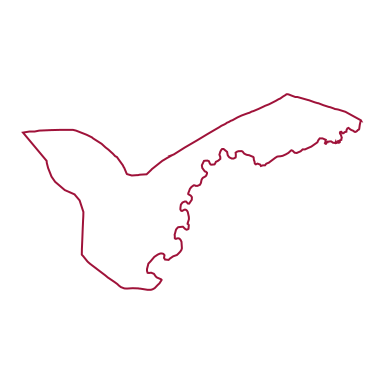 Upper Saloum, Central River, Gambia (Robinson projection)
{"feature_id": "56634734B57962636272806", "entity_name": "Upper Saloum", "entity_type": "district", "adm_level": 2, "iso_a3": "GMB", "parent_name": "Gambia", "parent_adm1": "Central River", "projection": "robinson", "projection_center": [-15.147, 13.733], "detail": "fine", "context": "isolated", "style": "outline", "palette": "rose", "viewbox_px": 384, "rotation_deg": 0, "n_neighbors": 0, "source": "geoboundaries", "source_scale": "gbopen_adm2", "svg_char_len": 5060}
<svg xmlns="http://www.w3.org/2000/svg" viewBox="0 0 384 384"><path d="M81.8,254.6L82.0,254.9L83.3,256.3L87.3,261.3L88.2,262.2L90.3,264.0L105.2,275.3L107.6,277.3L107.8,277.5L108.3,277.8L114.5,282.0L117.4,284.1L118.8,285.5L120.9,287.1L124.3,288.4L125.6,288.5L127.9,288.5L132.7,288.2L138.5,288.4L139.1,288.6L140.0,288.6L147.5,289.8L150.9,289.8L152.6,289.3L154.6,288.2L155.6,287.2L157.6,285.1L159.5,283.3L161.6,280.0L161.6,279.8L161.1,279.3L156.9,277.5L155.7,276.4L153.9,273.8L151.1,272.7L149.0,273.0L147.6,272.8L147.0,270.9L147.0,269.0L147.7,266.3L148.4,263.6L150.5,261.4L151.6,260.1L154.3,256.9L157.7,254.6L159.7,253.7L161.0,253.4L162.5,253.6L163.4,253.9L164.5,255.2L164.0,257.9L165.1,259.6L165.8,259.6L168.6,259.9L170.0,258.5L173.2,256.3L176.9,255.0L178.3,253.7L180.3,251.6L181.5,249.7L181.9,248.2L181.5,241.9L180.7,240.1L179.8,239.0L179.3,238.6L178.8,238.4L178.1,238.3L177.1,238.4L176.2,238.8L175.5,238.8L174.9,238.4L174.8,238.2L174.8,237.7L174.8,235.9L174.6,234.8L175.1,233.1L175.9,230.0L176.3,229.2L177.6,227.7L178.2,227.2L182.9,226.7L184.5,228.3L185.5,229.2L186.7,229.7L187.8,229.3L188.5,228.8L188.8,225.1L188.4,224.4L187.6,223.9L187.6,223.3L188.1,221.9L188.9,219.3L188.9,218.1L188.8,216.7L187.9,212.6L187.7,211.9L187.3,211.2L187.0,210.7L186.3,210.1L185.7,209.7L185.0,209.7L184.4,209.7L182.0,211.0L181.1,210.7L180.4,209.5L180.4,208.1L180.6,206.5L180.9,204.6L182.5,202.5L184.8,201.5L186.0,201.5L188.0,203.6L189.2,203.6L189.7,202.8L190.3,201.9L191.8,199.7L191.9,197.2L191.0,195.9L190.6,195.5L188.3,194.2L188.2,193.4L189.3,190.6L189.9,188.9L191.4,187.0L193.7,185.3L194.7,185.3L195.7,185.9L197.4,185.9L199.9,184.8L200.8,183.2L201.1,182.2L201.1,181.9L201.6,179.7L202.3,178.5L202.9,177.8L205.4,176.4L206.2,175.6L207.0,173.6L207.0,172.7L205.9,171.7L204.8,171.4L202.3,168.0L201.9,165.7L201.9,165.2L202.0,165.0L204.0,160.9L205.3,160.7L207.5,160.6L208.9,161.2L209.8,163.4L210.6,164.5L211.5,164.7L214.5,164.4L215.1,163.5L215.9,161.8L216.8,161.4L218.2,160.7L220.3,158.9L220.3,158.4L220.3,157.0L219.4,154.7L220.3,151.7L221.2,150.0L222.1,149.0L223.6,149.0L227.1,151.9L227.7,155.1L228.5,156.4L229.4,157.4L231.7,158.5L233.7,158.5L235.6,157.5L235.8,156.3L235.8,154.3L235.6,152.7L236.8,151.8L238.4,151.2L241.7,151.1L242.6,151.6L244.2,153.6L244.8,153.9L245.7,154.4L247.0,154.9L249.1,155.2L251.2,156.1L251.9,156.4L253.0,156.8L253.6,157.4L253.9,160.0L254.6,161.8L254.7,163.2L255.2,163.9L255.3,164.0L255.6,164.3L256.0,164.3L256.6,164.0L257.5,163.6L260.2,164.6L260.9,166.0L263.0,165.3L265.0,165.3L266.3,163.7L269.0,162.6L269.3,162.3L275.3,157.8L277.2,156.6L278.5,156.4L280.2,156.3L282.3,155.9L282.7,155.8L285.3,154.6L285.6,154.5L288.4,152.9L291.0,150.5L291.5,150.3L292.7,150.8L294.6,152.7L296.8,153.0L297.1,152.8L300.6,151.3L301.7,150.3L302.6,149.4L305.0,149.4L308.3,147.9L311.3,146.6L315.0,144.0L316.3,143.1L317.4,142.3L318.2,140.4L319.7,138.4L322.5,138.4L325.8,139.8L325.4,141.0L325.7,141.7L324.9,143.1L325.5,143.8L326.0,143.8L326.7,142.3L327.5,142.3L327.6,141.6L329.0,141.6L329.9,141.4L331.1,141.4L332.6,142.4L332.9,142.7L335.3,143.0L335.7,142.0L336.0,143.1L336.9,142.8L336.9,142.2L338.2,142.6L338.2,142.2L338.2,141.8L339.2,142.5L339.3,142.5L339.8,142.2L339.8,141.8L338.7,141.0L340.0,140.3L341.3,139.9L341.5,138.3L341.8,137.8L340.9,134.9L340.2,133.8L340.0,133.4L339.9,132.8L340.3,131.9L341.4,131.8L341.8,132.6L342.6,133.3L343.6,133.2L344.5,132.2L345.7,131.9L346.4,131.7L346.5,130.1L347.4,128.4L348.5,127.9L349.9,129.1L351.3,130.0L353.3,130.8L354.5,131.8L355.6,131.9L356.8,131.2L357.9,130.0L358.8,129.6L359.2,129.0L359.8,124.7L360.8,120.4L361.0,120.5L360.9,120.3L345.4,111.8L338.4,109.6L337.0,109.3L334.9,109.0L333.6,108.4L333.3,108.3L330.2,107.2L328.7,106.9L325.6,105.9L323.4,105.2L318.3,103.2L317.8,103.2L314.7,102.3L308.6,100.1L308.3,100.1L297.4,97.0L295.3,97.0L293.7,96.4L292.1,95.8L290.3,95.1L289.4,94.7L288.1,94.3L287.0,94.2L286.4,94.3L285.7,94.9L285.6,95.0L283.2,96.4L280.1,98.6L278.6,99.2L275.7,100.9L271.0,103.3L268.8,104.4L265.1,105.8L263.7,106.5L258.4,109.0L256.7,109.7L256.0,110.0L253.4,111.1L251.6,111.6L249.6,112.7L247.6,113.3L246.5,113.7L241.6,115.5L237.5,117.4L235.0,118.8L232.5,120.2L230.8,120.8L228.8,122.0L226.8,122.8L225.7,123.7L224.4,124.4L221.4,125.8L219.1,127.3L216.5,128.8L213.4,130.6L207.1,134.3L197.0,140.4L184.8,147.5L173.7,154.5L170.8,155.6L171.2,155.7L166.7,158.2L163.1,160.4L162.6,160.6L152.8,168.4L151.8,169.2L151.1,170.0L146.6,174.3L139.8,174.7L138.1,175.1L137.3,175.1L136.0,175.2L131.8,175.5L127.0,174.1L126.6,173.5L124.3,168.0L123.9,167.3L123.4,166.6L123.0,165.5L118.6,159.4L116.9,157.0L115.2,156.2L112.8,153.6L111.2,152.2L108.5,149.7L105.5,147.4L101.6,143.8L94.2,139.1L92.7,138.1L92.0,137.4L86.9,134.9L85.2,134.2L76.0,130.6L73.1,129.9L59.0,129.9L51.0,130.1L39.3,130.6L34.8,131.5L29.6,131.5L23.0,132.6L29.1,139.9L45.9,160.0L46.6,160.8L46.8,162.9L47.2,164.5L48.1,168.0L50.2,173.3L51.5,176.6L52.6,178.2L53.5,179.5L55.1,181.8L59.2,185.3L61.4,187.2L64.8,190.1L74.6,194.4L74.7,194.6L77.5,197.9L79.6,200.4L83.4,212.0L83.3,216.3L83.2,218.3L83.1,219.8L82.7,229.1L82.3,239.5L81.9,249.1L81.8,254.6Z" fill="none" stroke="#9f1239" stroke-width="2"/></svg>